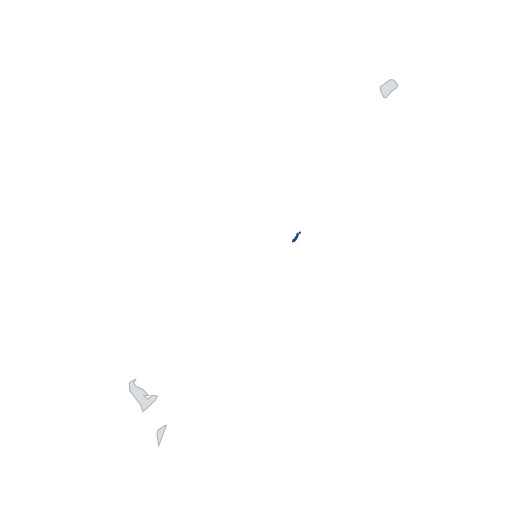 location of Pangai, Tonga, rotated 19°
{"feature_id": "48082658B13739269194746", "entity_name": "Pangai", "entity_type": "district", "adm_level": 2, "iso_a3": "TON", "parent_name": "Tonga", "parent_adm1": "", "projection": "equal_earth", "projection_center": [-174.349, -19.79], "detail": "fine", "context": "in_parent", "style": "filled", "palette": "blue", "viewbox_px": 512, "rotation_deg": 19, "n_neighbors": 0, "source": "geoboundaries", "source_scale": "gbopen_adm2", "svg_char_len": 1713}
<svg xmlns="http://www.w3.org/2000/svg" viewBox="0 0 512 512"><g transform="rotate(19 256 256)"><path d="M199.3,426.2L200.9,426.3L202.6,421.9L208.4,420.4L207.8,425.0L199.9,440.0L195.0,434.1L180.5,424.5L177.5,417.1L182.3,411.5L181.8,416.0L184.3,418.1L192.4,418.9L199.8,422.9L195.2,424.3L199.3,426.2ZM331.0,55.6L326.9,64.4L324.9,64.2L320.1,59.2L318.3,55.8L325.6,45.5L329.4,44.8L334.5,48.2L334.2,51.1L331.0,55.6ZM226.4,445.4L225.8,467.2L220.5,457.2L219.9,452.6L225.3,445.8L226.4,445.4Z" fill="#d9dde1" stroke="#a8b0b8" stroke-width="1"/><path d="M287.4,228.8L287.7,228.3L287.9,228.0L288.0,228.0L288.3,227.5L288.2,227.4L288.3,227.0L288.3,226.6L288.0,226.5L288.1,226.1L288.1,225.9L288.2,225.7L288.3,225.5L288.3,225.4L288.6,225.5L288.7,225.1L288.8,225.0L288.5,224.8L288.7,224.2L288.8,223.9L288.9,223.7L288.7,223.5L288.8,223.1L288.8,222.7L288.9,222.1L288.3,221.7L288.3,221.8L288.2,221.8L288.0,222.0L287.9,222.0L287.7,222.2L287.8,222.3L288.0,222.5L288.1,222.8L288.1,223.1L288.1,223.3L288.2,223.5L288.2,223.8L288.2,224.0L288.0,224.4L288.0,224.5L287.9,224.7L287.9,224.8L287.8,225.1L287.8,225.3L287.7,225.3L287.7,225.5L287.6,225.9L287.5,226.0L287.5,226.3L287.4,226.5L287.3,226.4L287.3,226.5L287.4,226.8L287.4,227.0L287.3,227.3L287.2,227.4L287.2,227.5L287.1,227.8L287.0,228.0L286.9,228.1L286.8,228.3L286.7,228.3L286.4,228.4L286.4,228.5L286.2,228.7L286.1,228.8L286.0,229.0L285.9,229.0L286.1,229.8L286.2,229.6L286.4,229.5L286.4,229.3L286.5,229.4L286.6,229.5L286.8,229.6L287.0,229.8L287.4,229.6L287.5,229.3L287.6,229.0L287.4,228.8ZM289.8,219.3L289.6,219.4L289.5,219.6L289.4,219.7L289.3,219.8L289.4,220.0L289.5,220.3L289.8,220.2L290.2,220.0L290.2,219.9L289.8,219.3Z" fill="#3b82f6" stroke="#1e3a8a" stroke-width="1.5"/></g></svg>